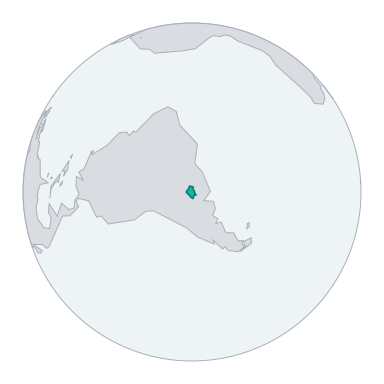 globe centered on Corrientes, rotated 298°
{"feature_id": "ARG-1308", "entity_name": "Corrientes", "entity_type": "Province", "adm_level": 1, "iso_a3": "ARG", "parent_name": "Argentina", "parent_adm1": "", "projection": "orthographic", "projection_center": [-57.567, -29.002], "detail": "fine", "context": "on_globe", "style": "filled", "palette": "teal", "viewbox_px": 384, "rotation_deg": 298, "n_neighbors": 0, "source": "natural_earth", "source_scale": "10m", "svg_char_len": 5091}
<svg xmlns="http://www.w3.org/2000/svg" viewBox="0 0 384 384"><g transform="rotate(298 192 192)"><circle cx="192" cy="192" r="169" fill="#eef3f6" stroke="#a8b0b8"/><path d="M142.4,30.5L151.6,28.2L150.0,29.0L151.8,29.4L155.1,28.2L155.0,27.6L161.7,26.0L160.7,26.0L162.2,25.7L174.8,23.9L174.3,24.0L176.4,23.9L181.8,23.4L185.1,23.7L195.2,24.6L195.4,25.1L187.4,26.1L175.4,26.6L164.9,29.7L177.6,27.0L177.9,29.0L180.5,29.3L183.9,29.0L186.1,28.1L187.4,28.9L175.4,31.4L174.0,30.7L177.8,29.8L172.2,30.3L164.1,32.8L164.9,34.0L151.8,37.9L152.2,39.0L149.6,40.7L149.8,38.6L149.2,42.8L133.9,51.0L132.7,60.7L127.5,54.5L121.7,55.3L114.5,57.7L114.2,59.2L105.2,61.4L96.0,68.2L91.0,77.8L92.8,83.5L103.0,79.8L106.8,74.7L114.6,71.4L107.4,84.3L120.9,82.0L118.7,91.4L122.4,95.4L129.6,92.4L136.9,93.4L142.6,86.9L151.6,82.6L151.3,90.3L156.6,82.6L161.4,85.8L179.5,84.3L178.0,86.1L193.2,95.2L210.3,100.0L214.3,106.4L212.2,110.1L218.3,111.7L218.4,114.3L243.0,121.4L255.9,130.6L255.7,140.3L245.3,149.9L236.8,174.4L218.4,181.0L214.4,191.9L201.1,208.0L189.9,206.5L193.8,215.2L188.2,220.5L181.1,221.1L180.5,227.5L175.3,227.8L179.2,231.9L172.0,241.0L175.5,248.0L170.5,255.6L173.0,259.8L170.7,259.9L168.6,261.8L168.8,264.3L161.1,261.0L157.4,251.5L159.1,246.4L156.0,246.0L159.4,233.2L156.5,236.0L154.8,218.5L157.8,204.1L157.3,166.7L153.3,160.2L140.3,154.2L124.5,133.2L128.2,123.1L125.0,119.5L135.6,105.1L133.1,94.8L129.5,94.0L125.6,98.8L113.6,95.3L110.0,88.9L76.7,91.5L74.1,90.0L75.4,84.7L71.3,76.4L69.8,87.3L66.9,87.1L65.9,84.3L68.1,81.7L69.7,76.8L68.0,77.5L70.6,74.5L79.3,66.1L88.7,58.3L98.6,51.2L108.9,44.9L119.7,39.3L130.9,34.5L142.4,30.5ZM131.1,64.7L146.7,67.1L137.2,69.5L139.1,68.1L135.3,66.6L128.0,66.2L119.8,69.4L131.1,64.7ZM139.7,57.1L136.9,57.3L139.7,56.7L139.7,57.1ZM174.5,268.5L162.0,262.5L168.8,264.9L172.3,260.7L179.3,265.7L174.5,268.5ZM185.4,257.7L190.2,255.6L191.7,256.8L188.7,258.6L185.4,257.7ZM321.7,83.8L322.1,84.2L322.8,85.0L330.3,95.0L337.1,105.5L343.1,116.4L348.3,127.8L352.6,139.6L356.1,151.6L358.6,163.8L360.2,176.2L360.9,188.7L360.7,201.2L359.6,213.6L357.5,225.9L354.6,238.1L352.9,243.5L350.9,245.2L346.0,256.3L344.2,256.3L340.8,262.1L336.5,265.5L331.2,266.6L327.7,258.5L331.4,252.4L335.7,237.7L343.3,206.5L348.4,197.0L349.8,187.4L346.8,162.0L347.7,152.6L345.9,146.6L342.7,144.5L340.1,137.5L337.8,135.5L320.3,127.8L312.4,117.7L296.9,93.7L298.2,87.7L294.0,79.2L299.5,64.4L305.7,68.9L314.4,75.5L321.7,83.8ZM300.3,62.3L303.6,66.5L300.1,64.6L293.5,60.1L284.0,51.2L292.9,56.5L291.3,55.3L300.3,62.3ZM303.5,73.5L304.8,75.7L303.5,73.5ZM180.1,84.1L182.2,85.6L179.3,85.7L180.1,84.1ZM135.5,72.5L138.9,72.0L140.6,72.7L137.9,73.6L135.5,72.5ZM165.5,68.5L169.6,68.7L165.1,69.6L165.5,68.5ZM149.2,67.5L162.1,68.6L153.5,71.5L145.4,71.1L151.2,69.7L149.2,67.5ZM137.3,60.9L139.4,60.9L138.5,62.2L137.3,60.9ZM141.7,56.8L140.9,57.0L140.0,56.4L141.7,56.8ZM178.7,28.9L179.7,28.7L183.0,28.6L181.1,29.1L178.7,28.9ZM199.4,27.2L201.1,28.5L198.6,27.6L196.4,28.2L188.3,27.5L195.1,25.3L193.5,26.3L199.4,27.2ZM179.5,26.5L183.8,26.8L178.8,26.6L179.5,26.5ZM212.6,24.3L209.5,23.9L212.6,24.3ZM281.8,335.1L278.3,337.2L279.9,336.2L281.8,335.1ZM340.5,272.7L340.2,273.1L342.0,269.4L345.8,261.7L348.1,256.6L340.5,272.7Z" fill="#d9dde1" stroke="#a8b0b8" stroke-width="1"/><path d="M190.2,186.9L190.5,186.9L190.8,186.9L191.0,186.9L191.2,187.0L191.4,187.0L191.6,187.1L192.1,187.3L192.5,187.3L192.9,187.4L192.9,187.5L193.0,187.5L193.3,187.5L193.5,187.4L193.8,187.4L194.0,187.5L194.3,187.5L194.4,187.4L194.5,187.4L194.8,187.6L195.0,187.8L195.2,187.7L195.3,187.6L195.4,187.4L195.4,187.2L195.5,187.2L195.8,187.0L196.1,187.1L196.1,187.3L196.1,187.5L196.4,188.2L196.5,188.3L196.5,188.7L196.5,188.8L196.6,189.0L196.8,189.3L197.0,189.5L196.9,189.7L196.7,189.7L196.7,189.8L196.8,189.9L196.9,190.0L196.9,190.3L196.8,190.2L196.7,190.1L196.4,190.1L196.3,190.3L196.3,190.5L196.2,190.5L196.0,190.8L195.8,191.0L195.6,191.3L195.4,191.3L195.3,191.7L195.2,191.8L195.0,192.0L194.9,192.2L194.7,192.3L194.4,192.5L194.3,192.8L194.3,193.0L194.2,193.0L194.0,193.3L193.9,193.3L193.7,193.6L193.5,193.8L193.4,194.0L193.2,194.2L193.2,194.3L192.9,194.3L192.7,194.4L192.7,194.5L192.6,194.8L192.4,195.1L192.2,195.4L192.0,195.5L191.9,195.5L191.8,195.8L191.3,196.4L191.2,196.5L191.2,196.8L191.3,196.9L191.3,197.0L191.2,197.0L190.9,196.7L190.8,196.4L190.8,196.2L190.7,196.2L190.4,195.9L190.3,195.7L190.2,195.6L189.7,195.5L189.5,195.4L189.4,195.4L189.0,195.5L188.9,195.6L188.7,195.6L188.4,195.6L188.2,195.6L188.0,195.8L187.9,195.9L187.7,196.0L187.5,195.9L187.4,195.9L187.2,195.9L186.9,196.0L186.7,196.0L186.6,195.9L186.7,195.7L186.7,195.4L186.8,195.2L186.7,194.8L186.6,194.6L186.7,194.3L186.8,193.9L186.8,193.3L186.8,193.2L186.9,192.8L186.9,192.7L187.0,192.6L187.4,192.5L187.5,192.4L187.7,192.2L187.8,192.2L187.8,191.8L187.8,191.7L187.9,191.4L187.9,191.2L188.0,191.0L188.1,190.9L188.1,190.6L188.1,190.3L188.1,190.2L188.1,189.9L188.0,189.7L188.2,189.4L188.3,189.4L188.5,189.3L188.6,189.2L188.7,188.8L188.7,188.6L188.7,188.4L188.7,188.2L188.6,187.9L188.6,187.7L188.8,187.3L189.1,187.2L189.3,187.0L189.5,186.9L190.2,186.9Z" fill="#14b8a6" stroke="#0f766e" stroke-width="1.5"/></g></svg>